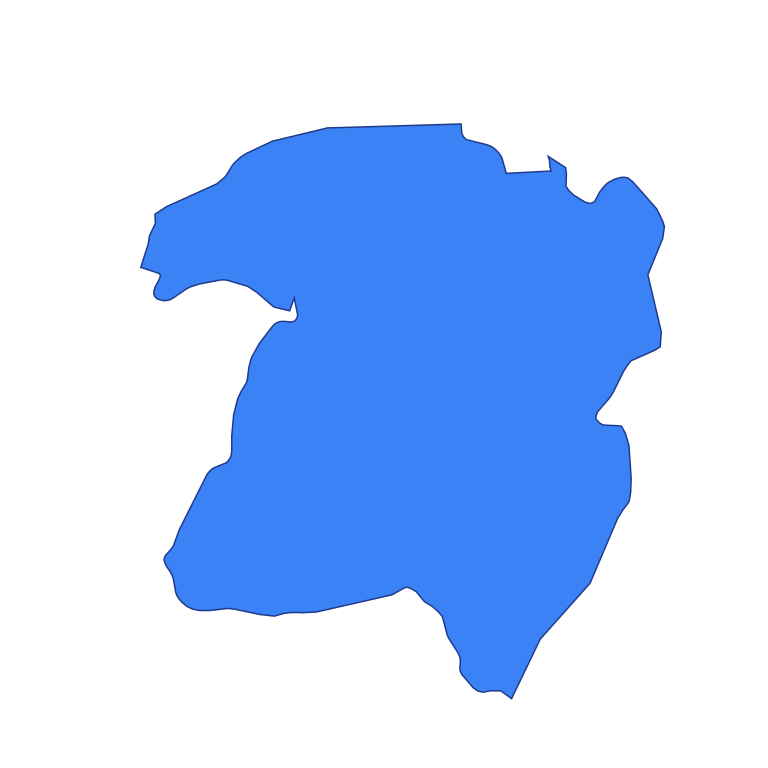 SVG path tracing the border of Chai Nat, rotated 287°
{"feature_id": "THA-407", "entity_name": "Chai Nat", "entity_type": "Province", "adm_level": 1, "iso_a3": "THA", "parent_name": "Thailand", "parent_adm1": "", "projection": "robinson", "projection_center": [100.013, 15.165], "detail": "fine", "context": "isolated", "style": "filled", "palette": "blue", "viewbox_px": 768, "rotation_deg": 287, "n_neighbors": 0, "source": "natural_earth", "source_scale": "10m", "svg_char_len": 2367}
<svg xmlns="http://www.w3.org/2000/svg" viewBox="0 0 768 768"><g transform="rotate(287 384 384)"><path d="M500.3,637.3L495.6,633.2L478.5,613.5L473.5,611.5L466.2,609.4L443.0,605.6L437.2,604.0L419.8,596.4L415.8,596.1L413.1,596.6L411.4,598.6L409.8,601.4L408.9,604.8L409.5,608.5L412.4,619.4L413.1,623.4L407.4,629.3L396.6,636.3L366.5,647.8L353.2,651.4L344.1,652.7L340.2,651.9L333.9,649.4L323.6,646.7L253.7,639.3L185.7,608.0L120.4,598.0L124.7,585.5L121.9,575.8L118.2,568.9L117.9,563.4L119.5,558.3L128.9,543.5L131.3,541.1L134.3,539.6L141.7,538.0L145.0,536.4L148.7,533.2L159.8,520.2L162.2,518.0L178.6,507.9L182.0,502.6L185.2,495.8L187.7,486.3L194.8,475.6L196.3,469.3L196.4,465.0L194.3,462.4L184.9,453.5L146.3,386.2L141.4,372.8L140.5,369.1L138.3,362.1L135.6,355.7L130.0,347.1L127.3,332.9L124.9,306.3L123.6,299.9L116.4,283.6L113.4,273.5L112.8,266.7L113.7,260.5L116.5,254.0L118.9,250.3L121.5,247.5L124.0,245.7L135.9,239.6L139.2,237.2L142.1,234.3L146.0,229.4L149.2,226.5L152.2,224.8L155.6,225.0L164.7,229.0L168.1,230.0L184.5,230.8L245.7,241.2L248.8,242.3L251.6,243.9L254.2,245.9L262.5,256.2L265.3,257.6L268.7,258.6L272.0,258.6L275.6,258.0L289.3,253.7L310.8,249.2L326.7,248.4L334.4,249.4L344.8,252.0L348.6,252.0L359.7,250.0L367.8,249.5L371.5,249.8L386.2,252.9L405.4,260.0L409.5,262.0L411.5,263.9L413.3,266.2L414.6,269.8L416.3,277.4L418.0,280.1L421.4,281.5L424.9,281.2L440.0,273.0L426.4,272.4L425.4,256.1L434.4,235.8L437.5,225.5L437.4,204.0L436.8,200.5L435.8,197.5L426.0,178.8L421.1,171.5L417.3,167.3L404.0,156.8L402.0,154.8L400.3,151.8L399.1,148.3L399.0,142.6L400.4,139.5L402.8,137.5L406.1,136.8L409.9,136.8L418.5,138.5L422.4,138.6L424.0,136.5L424.4,117.3L449.1,117.6L457.1,116.4L470.9,118.4L479.4,115.3L490.1,124.3L526.4,165.5L534.7,171.0L537.9,172.3L548.5,175.0L551.9,176.4L557.8,179.8L560.3,181.5L565.1,185.9L583.6,206.3L612.3,254.9L655.2,381.7L646.3,385.2L643.5,387.9L641.8,391.4L642.9,413.3L642.4,417.8L640.7,422.3L637.8,427.3L634.8,430.6L621.2,439.4L636.6,481.7L639.7,479.4L646.5,476.7L649.7,474.5L644.0,494.4L638.6,496.9L626.2,500.3L623.2,504.0L620.2,509.8L616.7,522.9L617.0,528.7L619.7,532.0L630.8,534.2L637.3,536.7L640.3,538.3L643.0,540.3L647.4,544.8L649.3,547.6L651.0,550.6L652.0,553.5L652.4,556.9L652.1,557.7L649.9,563.2L631.3,593.4L622.1,602.2L616.7,606.1L604.6,608.0L565.6,604.4L515.0,633.9L500.3,637.3Z" fill="#3b82f6" stroke="#1e3a8a" stroke-width="1.5"/></g></svg>